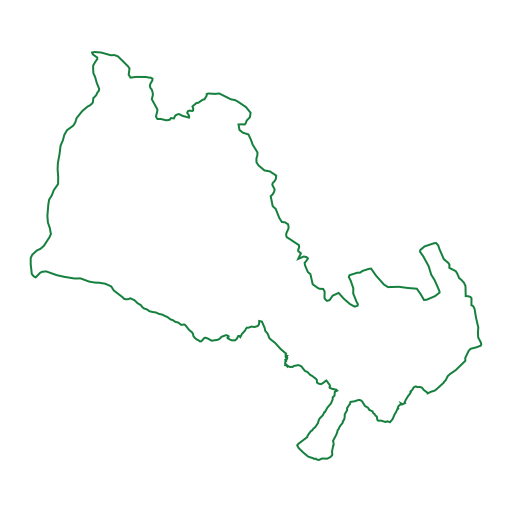 outline of Mehadica, Caras-Severin, Romania
{"feature_id": "2599482B63819893367743", "entity_name": "Mehadica", "entity_type": "district", "adm_level": 2, "iso_a3": "ROU", "parent_name": "Romania", "parent_adm1": "Caras-Severin", "projection": "robinson", "projection_center": [22.203, 45.07], "detail": "fine", "context": "isolated", "style": "outline", "palette": "green", "viewbox_px": 512, "rotation_deg": 0, "n_neighbors": 0, "source": "geoboundaries", "source_scale": "gbopen_adm2", "svg_char_len": 6019}
<svg xmlns="http://www.w3.org/2000/svg" viewBox="0 0 512 512"><path d="M427.6,393.4L430.6,391.9L434.5,390.7L436.1,389.6L443.8,382.6L444.1,381.7L445.7,380.3L447.6,376.3L449.7,374.3L456.0,369.9L465.3,360.8L465.3,357.8L468.7,350.8L470.6,348.8L475.8,347.5L480.7,345.7L481.3,344.4L480.8,342.4L478.2,337.5L477.9,332.5L478.3,327.5L476.1,318.1L474.5,308.7L473.2,306.2L471.4,305.2L471.5,298.3L470.5,297.0L469.9,296.7L467.8,296.2L465.7,296.1L465.5,286.1L464.0,282.8L461.5,280.0L459.1,278.0L457.1,273.3L455.7,271.1L449.4,267.9L449.3,266.4L449.5,264.9L448.6,263.2L443.8,259.1L439.4,249.0L438.2,245.3L436.0,243.0L434.2,243.2L424.6,246.4L420.4,249.9L420.0,251.7L423.3,256.4L428.7,266.3L431.2,274.6L434.7,280.3L439.3,290.8L439.6,292.6L434.9,296.2L426.7,299.7L424.0,300.0L420.7,294.2L416.8,288.7L407.9,288.0L399.0,286.8L388.0,287.1L384.0,284.6L376.0,275.6L371.1,268.6L368.4,269.0L362.6,270.9L360.0,272.7L357.4,272.7L349.5,275.2L348.8,277.0L350.8,281.0L353.3,288.3L353.2,293.5L356.5,301.7L357.9,304.2L357.5,305.7L354.6,306.6L350.0,304.1L343.9,298.8L338.6,292.9L332.6,295.7L329.6,300.1L327.0,300.9L325.4,299.5L324.5,298.0L324.6,291.5L323.1,288.9L319.6,288.8L317.9,288.0L312.7,284.3L310.4,274.1L307.9,272.1L305.1,265.6L304.6,263.0L306.4,260.8L307.9,258.4L306.5,257.1L303.8,256.5L298.2,258.9L300.9,253.3L298.2,251.1L298.2,249.7L299.2,247.3L298.9,245.1L286.7,237.1L286.1,235.1L286.4,233.1L288.5,228.5L288.5,226.3L288.1,224.3L284.9,222.3L281.9,222.0L279.4,218.2L275.7,208.9L272.7,206.2L270.7,196.2L272.7,194.3L274.2,191.6L274.6,189.3L272.3,184.9L272.7,183.1L274.5,181.2L275.8,179.1L276.2,175.6L269.9,171.4L264.4,170.4L258.4,165.3L256.5,162.3L256.4,158.6L257.3,155.6L257.5,152.5L252.6,144.5L251.0,139.9L248.9,135.4L248.4,134.4L242.9,132.7L239.5,130.0L238.5,124.5L241.6,124.3L244.7,124.5L245.7,123.3L246.7,120.6L249.9,117.2L250.6,112.8L246.0,107.1L238.0,101.7L235.1,100.1L230.9,99.3L219.3,93.5L214.9,93.9L208.2,93.5L206.7,94.0L206.7,95.6L204.5,99.3L202.7,99.7L198.3,102.8L196.6,102.9L192.5,106.4L193.2,108.7L193.1,110.5L192.2,111.0L189.7,110.6L187.9,111.2L187.2,112.8L188.9,115.5L189.2,116.6L189.0,117.6L182.3,115.8L179.4,114.2L177.9,114.2L175.3,115.5L173.9,118.4L170.9,118.1L169.7,119.8L166.2,120.3L161.0,119.0L157.6,119.0L156.9,118.4L156.0,116.3L157.3,111.0L157.4,109.4L151.8,99.2L152.9,94.9L152.6,92.2L151.7,89.5L150.3,87.8L149.9,85.4L150.7,83.1L152.3,80.6L152.5,78.6L150.5,77.6L148.8,77.6L146.2,77.0L136.4,76.9L130.5,77.6L128.7,74.7L129.5,68.5L128.1,66.4L118.0,56.4L114.6,55.1L110.7,55.2L101.0,52.5L94.7,52.0L92.1,52.5L92.4,53.6L93.1,54.6L97.2,57.5L97.3,59.0L95.1,62.1L93.2,65.5L93.1,68.0L93.4,73.2L95.1,77.0L96.8,83.0L99.2,88.9L98.8,90.9L97.5,92.4L96.1,95.3L93.3,98.2L92.9,102.2L92.0,103.6L89.9,105.4L87.4,106.7L82.3,111.0L76.6,118.1L75.3,122.3L73.3,125.6L67.0,130.2L64.3,134.9L62.9,140.3L60.6,145.5L59.5,154.3L57.9,163.0L57.6,169.5L58.2,176.7L58.1,184.0L53.7,190.3L51.9,195.2L49.1,199.7L48.3,204.7L47.4,215.8L47.9,222.5L49.8,228.0L50.9,234.0L49.5,237.2L43.9,245.8L40.6,248.7L36.7,250.6L32.2,254.8L30.7,258.1L30.7,264.3L31.8,274.0L33.8,276.4L35.7,277.4L39.9,273.0L42.0,271.8L46.2,271.4L56.5,275.1L64.6,276.9L74.5,278.5L80.5,278.4L89.2,281.6L95.0,282.6L98.8,282.7L105.2,283.7L111.2,286.4L113.8,290.5L122.8,297.4L123.8,298.7L126.0,299.3L128.7,299.1L130.4,298.3L134.7,300.4L137.8,303.4L140.7,305.0L142.4,307.2L143.9,308.4L147.1,309.5L149.4,311.2L153.0,312.1L155.7,312.4L159.0,313.9L162.6,314.7L164.9,316.0L167.4,317.0L170.5,319.4L173.0,320.2L175.2,321.8L178.3,322.6L181.3,324.9L184.0,324.5L185.1,324.9L189.1,329.9L192.1,332.4L193.1,334.1L193.3,335.8L194.5,337.6L196.9,339.6L198.1,340.0L200.0,341.4L200.9,341.4L202.0,340.6L204.3,338.0L205.3,337.7L207.5,338.4L211.7,340.7L217.3,339.9L219.4,339.0L221.5,336.8L225.9,335.2L227.5,335.5L228.6,336.2L228.7,336.7L227.5,337.7L227.5,338.1L230.0,339.6L231.8,340.3L234.8,340.4L236.6,339.1L238.3,336.0L239.2,336.0L240.3,337.1L241.9,334.0L245.1,330.5L245.9,328.8L246.9,327.7L248.5,327.7L251.3,326.6L254.7,327.0L257.4,326.1L258.4,325.4L259.1,323.9L259.2,321.0L261.9,321.6L264.7,328.0L265.2,330.8L267.6,333.6L268.8,336.5L268.9,337.5L270.5,339.3L275.1,342.9L280.7,349.1L286.0,353.6L285.6,354.6L286.0,355.5L286.7,355.7L286.4,355.9L286.7,356.4L285.6,356.5L285.6,356.8L285.9,357.4L286.3,357.2L287.2,358.1L287.1,358.8L285.2,359.9L285.4,360.5L286.1,360.6L286.3,360.9L285.3,362.0L285.1,363.3L285.5,363.7L285.2,365.0L286.2,364.9L286.4,365.7L287.0,366.2L287.0,365.5L287.4,365.4L288.4,366.4L290.3,367.1L291.3,366.8L292.5,367.0L294.0,365.9L298.6,365.1L301.3,366.3L304.9,370.9L307.6,372.1L310.1,374.8L312.1,375.9L316.0,378.9L316.8,379.9L317.0,382.4L317.6,383.1L319.4,383.9L321.0,384.1L322.8,383.2L325.8,380.8L326.4,380.5L329.7,385.0L330.0,386.0L329.5,387.3L329.8,387.9L332.4,388.9L336.3,389.7L337.2,390.6L334.8,391.8L334.5,395.7L332.8,397.2L332.6,399.5L331.0,403.4L327.4,407.6L325.0,412.0L324.4,412.1L322.7,415.4L319.7,418.4L318.7,420.3L318.0,423.0L315.2,427.2L313.5,428.6L311.9,430.6L310.8,431.2L308.8,433.9L307.5,436.0L307.2,437.1L298.4,443.8L297.2,445.3L298.5,447.9L303.1,452.4L308.3,456.7L313.4,458.3L314.1,458.9L315.8,458.7L316.3,459.3L318.9,460.0L322.1,458.5L327.1,458.7L330.2,457.2L332.1,455.3L332.3,454.2L332.0,451.6L333.2,445.5L333.7,445.0L333.4,442.0L333.0,440.9L336.2,434.9L337.2,432.3L337.7,430.1L338.8,428.8L339.4,427.2L340.4,425.6L342.3,423.3L342.8,422.5L342.8,421.3L344.1,419.7L344.7,417.0L344.7,414.4L347.0,410.4L347.2,409.6L347.0,408.2L349.1,405.0L349.8,404.3L350.5,401.9L354.6,401.3L358.0,400.1L359.6,400.0L361.1,400.5L362.2,401.5L364.9,405.9L367.9,407.7L368.7,408.7L369.2,409.9L372.4,411.3L373.3,413.2L374.5,414.0L375.5,415.6L376.8,416.6L377.3,419.7L378.2,420.7L381.1,420.6L385.6,422.0L387.3,421.3L390.0,422.2L392.6,419.1L394.7,414.2L396.1,412.0L397.1,409.6L398.2,408.7L397.7,408.1L398.5,406.1L400.2,404.6L401.6,404.4L401.1,403.5L402.5,404.3L405.1,403.0L404.7,402.3L405.7,400.0L407.9,396.3L410.3,393.3L410.5,391.6L410.9,391.7L411.1,391.0L412.1,390.1L413.8,387.3L415.8,386.4L417.4,387.1L419.9,387.0L421.9,387.6L423.8,390.0L427.4,392.7L427.6,393.4Z" fill="none" stroke="#15803d" stroke-width="2"/></svg>